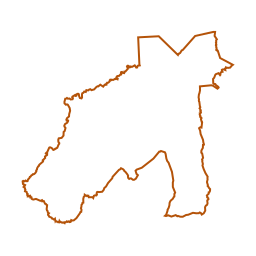 the district of Luano, Central, Zambia, rotated 177°
{"feature_id": "96606910B16035329871790", "entity_name": "Luano", "entity_type": "district", "adm_level": 2, "iso_a3": "ZMB", "parent_name": "Zambia", "parent_adm1": "Central", "projection": "robinson", "projection_center": [29.687, -14.461], "detail": "fine", "context": "isolated", "style": "outline", "palette": "amber", "viewbox_px": 256, "rotation_deg": 177, "n_neighbors": 0, "source": "geoboundaries", "source_scale": "gbopen_adm2", "svg_char_len": 5736}
<svg xmlns="http://www.w3.org/2000/svg" viewBox="0 0 256 256"><g transform="rotate(177 128 128)"><path d="M36.0,219.4L37.7,219.5L56.1,216.4L69.3,203.0L70.3,202.7L72.0,200.2L73.6,199.5L73.6,199.1L74.0,198.9L74.3,198.3L92.5,218.0L113.1,218.0L113.3,190.9L113.0,189.9L114.8,189.7L115.6,188.9L115.7,188.0L116.6,187.9L118.0,190.2L120.6,188.9L122.7,189.4L122.8,189.3L122.5,188.6L123.2,188.4L124.0,188.8L124.1,189.6L124.5,190.1L125.2,190.2L125.8,189.6L125.5,188.6L125.0,188.5L125.0,187.2L127.6,184.6L128.7,184.5L128.7,183.6L129.0,183.0L130.6,183.4L131.1,184.3L131.9,184.2L132.2,183.4L131.9,182.1L132.0,181.8L133.0,181.7L134.0,180.6L136.0,180.4L137.0,179.2L137.1,178.6L135.7,177.9L135.9,177.2L137.4,178.1L137.8,177.5L138.6,177.7L140.1,176.8L141.4,177.0L141.8,176.7L142.4,177.2L143.2,177.2L143.8,176.5L143.7,175.7L145.0,174.5L146.0,174.1L146.5,174.3L147.2,173.5L147.2,172.4L147.7,172.3L147.9,172.9L149.1,172.4L150.6,170.6L153.4,172.7L155.5,171.1L156.1,171.3L157.3,170.7L159.8,168.3L162.5,167.7L163.5,168.7L164.6,168.5L165.8,167.6L167.6,168.0L168.3,166.2L169.8,166.7L170.7,165.5L171.8,165.1L172.2,164.1L172.3,160.8L172.9,160.0L174.5,160.5L175.2,162.6L175.3,164.2L175.7,164.7L176.4,164.8L177.0,164.7L177.4,164.1L178.1,164.0L177.8,163.1L178.4,162.7L178.9,162.8L179.4,163.6L181.8,162.3L182.1,161.7L181.6,161.3L181.5,160.3L181.9,159.6L183.8,159.5L184.8,160.5L186.5,160.4L187.4,161.2L188.9,160.2L189.2,160.3L190.1,157.4L190.1,155.9L188.8,154.5L187.7,154.8L186.9,154.4L185.2,151.0L184.9,148.2L186.0,145.0L186.3,142.6L188.4,141.0L189.1,139.6L188.9,138.7L187.7,138.8L187.4,138.6L187.5,138.0L188.4,136.5L190.7,135.2L191.5,133.6L191.4,132.8L190.4,131.3L191.4,128.3L192.5,127.4L192.8,123.8L194.8,121.6L197.7,121.3L198.2,120.1L198.3,118.8L198.2,117.7L197.4,116.5L197.5,115.9L198.2,115.1L199.7,111.9L200.8,111.6L201.3,111.0L202.0,111.0L202.2,110.6L203.5,110.0L204.2,110.4L204.6,111.4L205.6,112.2L206.9,112.8L207.7,112.5L209.8,108.4L211.4,107.0L210.9,106.3L210.1,106.5L210.2,105.3L212.4,103.9L212.3,102.4L214.8,100.3L214.4,99.7L214.7,98.9L218.6,95.9L218.8,95.0L219.7,94.4L220.9,92.5L221.1,91.3L221.9,90.4L221.8,89.5L223.0,87.8L224.2,86.9L225.5,86.8L225.8,86.2L226.9,85.8L228.0,84.4L228.6,84.3L229.2,83.0L230.5,81.9L231.1,80.2L231.8,80.1L233.1,80.9L234.0,80.1L235.4,80.7L236.0,80.3L235.8,77.6L233.7,76.4L234.5,75.1L235.2,75.1L235.4,74.6L234.4,74.0L234.0,73.1L234.2,72.6L233.7,71.9L234.2,70.2L232.6,69.5L232.2,67.6L231.6,67.3L231.7,66.7L232.1,66.3L231.6,65.7L231.7,64.9L231.2,64.9L230.9,65.4L229.8,65.4L229.4,64.3L229.0,64.9L228.6,64.0L228.0,63.8L227.9,62.3L227.2,61.8L226.2,61.5L223.6,62.0L219.4,59.9L218.9,59.9L217.6,60.5L217.4,60.2L217.4,59.3L215.9,59.4L214.8,56.7L213.8,56.3L213.6,55.7L212.8,55.2L213.5,51.2L213.2,49.9L212.7,49.4L212.4,47.6L211.4,47.0L212.4,45.9L212.3,45.2L211.6,44.4L211.4,43.6L208.9,42.4L208.6,41.5L207.8,41.3L206.9,40.5L206.3,40.5L205.7,41.1L205.4,39.0L205.2,39.3L204.3,38.3L203.4,38.1L202.7,37.5L202.1,37.9L201.7,37.7L201.4,38.6L201.0,37.7L200.7,38.0L200.4,37.6L199.0,37.3L198.8,36.9L196.9,36.8L196.5,36.5L196.4,37.2L195.3,37.0L194.0,38.0L193.3,37.4L192.0,37.9L191.4,37.1L190.3,37.2L190.1,37.4L190.3,37.9L189.7,38.4L189.5,39.0L188.6,38.5L187.0,38.6L184.2,40.7L180.5,45.4L179.9,46.6L179.1,46.7L178.7,48.7L179.2,50.4L178.7,51.6L178.4,53.8L177.6,54.6L177.4,55.6L176.5,55.8L176.4,59.5L175.8,61.5L174.9,62.2L174.7,63.6L173.5,62.6L172.5,62.7L172.4,62.2L171.1,62.4L170.8,60.9L167.1,60.8L166.4,59.9L165.6,62.1L164.4,62.5L163.1,62.3L162.5,63.1L162.8,64.0L162.4,65.5L161.5,65.8L160.4,65.5L157.1,65.7L155.5,67.5L154.8,69.3L153.0,70.7L150.8,74.1L146.4,78.6L145.9,80.1L139.2,86.7L137.9,87.2L137.1,88.2L135.0,87.0L134.1,85.9L133.9,85.2L132.9,84.4L130.9,81.5L130.4,80.3L130.6,79.5L130.4,78.1L129.5,77.1L128.7,77.5L127.6,77.5L125.7,76.0L124.5,76.0L122.8,77.0L120.6,80.4L121.9,81.7L122.7,84.9L121.5,86.0L116.3,87.6L104.2,96.1L98.0,102.8L97.2,102.7L96.3,103.3L92.4,101.8L91.8,100.2L91.3,95.6L90.6,93.1L89.3,91.2L86.4,81.9L85.5,73.1L86.1,71.2L86.3,66.8L84.3,61.0L85.1,59.8L85.3,57.1L86.0,56.6L86.9,55.0L89.2,53.2L89.9,52.1L90.4,51.0L90.7,48.6L91.6,46.1L92.8,44.2L92.8,43.4L94.4,39.4L95.6,38.4L94.7,38.1L92.4,38.7L89.3,37.3L84.9,38.5L83.4,37.3L82.7,37.6L80.5,36.7L78.0,36.5L74.5,38.1L72.5,38.2L67.6,39.9L64.5,39.3L61.8,39.2L60.8,39.9L59.7,39.3L58.9,37.7L56.8,38.9L55.2,41.4L55.2,44.9L54.3,46.4L53.0,47.2L52.5,48.7L52.7,51.2L52.5,51.7L51.4,52.6L51.5,53.7L52.5,54.5L52.3,55.0L52.8,56.3L52.2,57.1L51.0,58.0L50.7,58.8L50.8,59.5L50.0,59.8L49.4,60.9L49.2,62.7L50.3,64.0L50.8,65.1L51.5,65.9L51.2,66.7L51.9,69.4L51.9,70.2L51.2,72.5L51.3,74.0L51.0,75.2L53.0,78.9L54.6,83.1L55.6,86.7L55.1,88.1L55.6,90.9L55.4,91.7L55.7,92.6L54.6,94.3L55.3,98.8L55.9,99.2L56.1,99.9L55.8,101.8L54.3,104.2L54.0,107.2L53.1,107.3L53.0,107.6L53.5,109.7L53.7,112.2L55.8,118.2L56.1,121.6L57.0,124.1L55.7,125.0L54.6,124.6L53.7,129.7L54.0,130.0L53.9,130.6L54.2,130.8L54.7,132.9L54.2,133.8L54.5,134.1L54.3,134.4L55.4,135.4L55.0,136.1L55.5,136.9L55.7,138.0L55.2,138.5L55.4,139.0L54.7,139.2L54.3,139.9L54.5,140.6L55.0,141.2L54.4,141.8L54.6,142.4L55.5,143.9L54.7,145.0L55.1,146.3L55.4,150.5L55.7,150.8L55.8,151.9L55.6,152.9L55.9,154.9L55.4,157.9L54.9,158.9L54.1,161.9L54.0,165.8L42.7,166.3L41.1,165.9L36.6,162.6L35.4,163.6L35.7,164.4L38.1,166.4L38.5,167.3L39.7,167.5L40.5,168.2L40.5,172.5L39.3,173.7L38.0,176.6L37.5,177.1L34.8,178.0L33.3,175.9L33.0,176.2L32.8,177.8L32.4,178.7L30.7,179.2L31.2,180.0L31.2,181.2L30.6,181.5L29.4,181.5L27.8,180.8L28.0,182.3L27.3,182.7L27.0,183.4L26.3,182.8L25.9,183.0L24.6,182.8L22.8,183.0L21.3,184.7L20.0,185.6L32.3,193.0L34.3,200.5L34.9,201.2L35.2,200.8L35.8,201.3L35.3,203.2L35.7,204.0L35.6,205.6L35.8,205.8L35.5,206.4L35.8,206.6L35.5,208.3L35.7,208.9L35.4,209.2L35.4,211.0L34.6,211.9L36.7,215.4L36.0,219.4Z" fill="none" stroke="#b45309" stroke-width="2"/></g></svg>